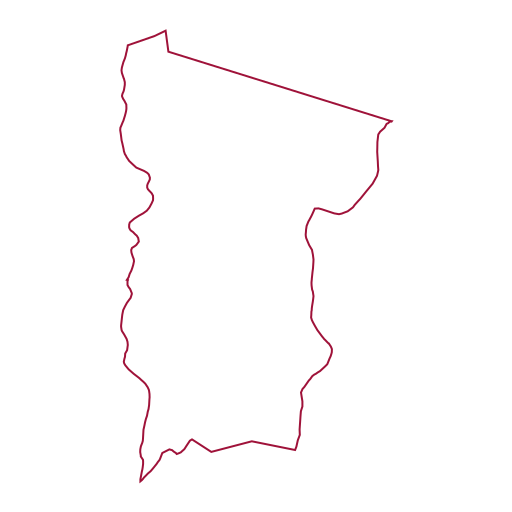 Giraud, Choiseul, Saint Lucia (Robinson projection)
{"feature_id": "8701671B87129820959835", "entity_name": "Giraud", "entity_type": "district", "adm_level": 2, "iso_a3": "LCA", "parent_name": "Saint Lucia", "parent_adm1": "Choiseul", "projection": "robinson", "projection_center": [-61.009, 13.792], "detail": "fine", "context": "isolated", "style": "outline", "palette": "rose", "viewbox_px": 512, "rotation_deg": 0, "n_neighbors": 0, "source": "geoboundaries", "source_scale": "gbopen_adm2", "svg_char_len": 4254}
<svg xmlns="http://www.w3.org/2000/svg" viewBox="0 0 512 512"><path d="M140.4,481.3L141.9,480.1L142.4,479.5L142.9,479.0L143.9,477.6L144.2,477.3L145.9,475.6L147.8,473.6L148.7,472.8L149.7,472.0L150.8,471.0L153.0,468.4L156.7,463.8L157.8,462.1L159.5,460.0L160.1,458.7L162.3,453.0L166.0,451.1L169.4,449.4L172.2,450.2L172.8,450.8L174.3,452.0L175.8,452.9L176.7,454.0L177.6,453.7L179.4,453.0L180.9,452.3L181.7,451.5L183.4,450.0L184.3,449.2L185.1,448.0L186.3,446.1L189.9,440.7L192.0,439.4L211.3,451.9L212.4,451.6L251.8,441.3L295.1,450.0L296.4,446.6L297.8,440.3L299.8,434.9L299.6,429.4L300.2,420.7L300.5,416.1L300.9,411.2L302.4,406.5L302.4,401.3L301.7,397.0L301.0,392.5L302.0,390.2L302.5,389.0L304.3,387.0L305.7,385.0L308.9,380.4L310.1,379.2L312.3,376.1L314.4,374.5L315.7,373.9L317.8,372.4L320.0,371.1L325.1,366.4L327.2,364.3L327.5,363.7L329.6,358.4L330.6,356.3L331.4,353.8L331.8,352.2L331.9,349.4L331.9,349.1L331.4,347.8L330.9,346.7L330.8,346.4L330.4,345.9L328.9,343.5L328.6,343.5L327.1,342.0L325.0,339.8L324.3,339.2L322.9,337.4L322.2,336.6L317.9,330.8L317.5,330.3L315.5,326.9L314.7,325.5L312.9,322.2L311.8,319.9L311.6,319.1L311.1,317.6L311.3,314.8L311.4,311.9L311.4,311.7L311.7,310.3L311.8,308.3L312.1,306.0L312.8,301.7L313.2,298.8L313.5,296.1L312.8,291.4L312.1,289.6L311.6,285.6L311.5,283.8L311.5,282.2L311.8,279.3L311.8,278.9L312.5,272.1L313.0,268.3L313.4,262.1L313.5,259.5L312.9,254.7L312.2,251.1L312.0,249.9L309.2,245.2L308.3,243.1L307.0,240.0L306.5,238.8L306.2,238.1L305.8,236.1L305.7,234.7L305.7,234.3L305.9,232.2L306.1,229.2L306.2,228.8L306.6,226.0L308.4,221.5L309.0,220.5L309.3,220.0L310.4,217.9L310.7,217.4L310.9,217.0L311.1,216.6L311.3,216.2L312.0,214.8L313.8,210.8L314.5,209.1L314.8,208.6L318.5,208.4L321.9,209.3L334.3,213.4L339.0,214.2L341.2,213.7L341.7,213.6L344.0,212.7L347.7,211.3L352.9,207.4L353.3,206.9L354.7,204.9L358.4,200.8L360.1,199.0L363.1,195.3L366.4,191.2L368.8,188.3L372.6,183.7L377.0,175.8L378.0,171.6L378.3,170.0L378.0,166.0L377.8,161.5L377.2,151.8L377.3,147.9L377.4,142.0L378.2,135.1L378.3,134.4L378.8,133.7L380.1,131.7L384.5,127.8L386.6,123.9L387.1,123.6L388.1,123.2L389.9,121.6L391.5,121.6L391.8,121.2L391.0,121.1L168.4,51.7L165.6,30.7L154.6,36.0L127.8,45.3L127.6,46.7L127.2,48.7L126.7,51.2L126.2,53.1L125.7,55.6L124.9,58.4L123.4,62.1L122.5,65.3L121.9,67.5L121.5,70.3L121.9,73.0L123.7,78.3L123.9,78.5L124.8,82.1L124.8,84.9L124.0,89.8L123.5,91.5L122.5,93.7L122.0,95.8L122.1,96.5L123.1,98.8L124.4,100.8L126.3,104.5L126.4,107.5L126.4,108.9L126.1,111.0L125.6,113.2L124.9,115.9L124.1,118.4L123.4,120.7L122.7,122.2L121.2,125.9L120.4,127.7L120.2,130.1L120.8,134.0L121.6,140.4L122.4,143.6L123.6,149.1L123.9,151.1L124.9,154.1L125.8,155.5L126.7,157.3L129.2,161.0L132.8,164.4L136.3,167.6L144.0,170.9L147.0,172.7L147.9,173.5L148.8,174.5L149.9,177.7L149.8,179.5L148.9,181.5L147.8,183.6L147.2,185.4L147.2,187.6L147.9,189.2L149.3,190.8L150.3,191.8L151.7,193.3L153.0,195.7L153.1,198.6L153.0,200.3L151.6,203.4L149.4,207.5L146.8,210.7L143.2,213.3L138.9,215.7L134.2,218.7L131.9,220.7L129.8,222.5L129.2,224.5L129.1,227.1L129.5,228.5L130.6,230.3L131.3,230.8L133.2,232.2L134.2,233.3L135.4,234.5L136.7,235.6L138.2,238.0L138.8,241.6L136.3,245.0L134.7,246.2L132.0,247.9L131.2,250.0L131.4,252.2L131.7,253.4L132.6,256.2L133.1,257.5L133.7,259.0L134.0,261.2L133.2,265.0L132.3,267.9L131.3,270.7L129.7,273.8L129.0,276.0L128.6,277.3L126.9,279.9L127.9,280.1L127.5,281.3L127.5,285.0L128.7,287.2L130.1,289.0L131.8,293.2L131.8,294.1L130.6,297.9L129.0,300.0L126.9,302.9L124.9,306.6L123.2,310.1L122.3,314.6L121.9,318.1L121.1,325.5L121.1,326.8L121.6,330.1L122.1,331.3L124.1,334.4L126.6,338.9L127.5,341.8L127.8,345.0L127.1,350.2L125.2,353.5L125.0,356.8L124.4,358.8L123.8,361.8L124.2,363.4L125.3,365.3L128.6,369.3L129.5,370.1L133.7,373.8L137.1,376.4L139.4,378.2L141.2,379.9L143.4,381.8L145.3,383.7L147.3,386.7L147.6,387.1L148.8,389.7L149.1,391.0L149.5,394.0L149.6,397.3L149.4,399.7L149.1,405.2L148.5,409.2L147.8,411.5L147.0,415.8L145.9,419.0L145.1,422.1L144.4,425.6L143.9,427.9L143.5,429.6L143.3,433.0L143.0,438.5L142.8,440.9L142.2,443.0L141.5,444.7L140.9,446.3L140.3,449.3L140.2,452.1L140.8,455.6L140.8,456.5L143.0,459.8L143.1,461.2L143.1,464.0L142.7,467.3L142.4,469.2L141.8,471.8L140.9,476.7L140.4,479.2L140.4,481.3Z" fill="none" stroke="#9f1239" stroke-width="2"/></svg>